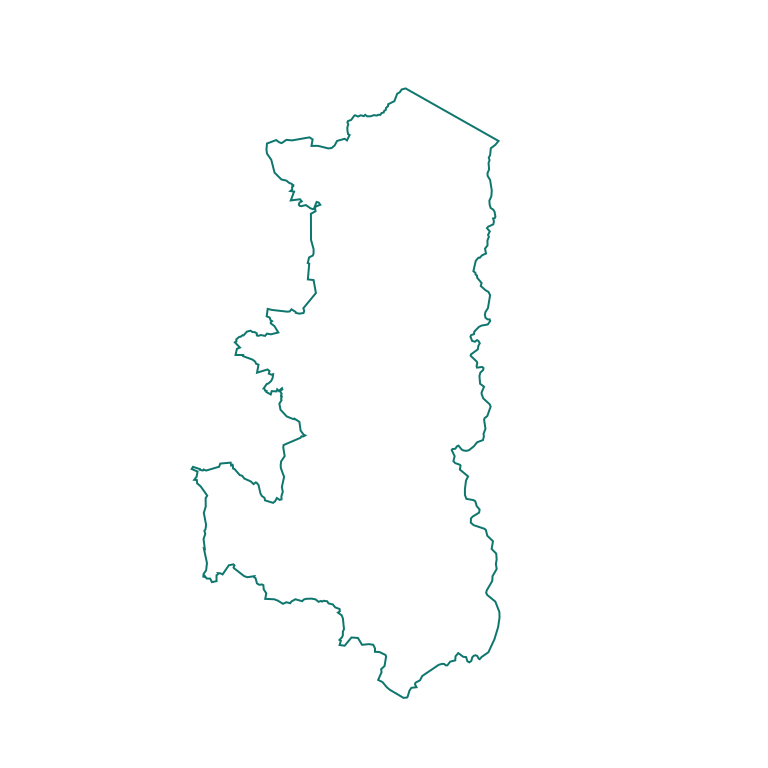 Tecozautla, Hidalgo, Mexico, rotated 114°
{"feature_id": "50627088B66071883870348", "entity_name": "Tecozautla", "entity_type": "district", "adm_level": 2, "iso_a3": "MEX", "parent_name": "Mexico", "parent_adm1": "Hidalgo", "projection": "natural_earth1", "projection_center": [-99.632, 20.54], "detail": "fine", "context": "isolated", "style": "outline", "palette": "teal", "viewbox_px": 768, "rotation_deg": 114, "n_neighbors": 0, "source": "geoboundaries", "source_scale": "gbopen_adm2", "svg_char_len": 6154}
<svg xmlns="http://www.w3.org/2000/svg" viewBox="0 0 768 768"><g transform="rotate(114 384 384)"><path d="M635.0,460.6L632.2,456.8L626.9,459.2L624.4,457.9L624.2,458.4L623.5,456.5L623.6,454.0L612.7,452.0L610.0,448.2L610.6,446.8L612.9,446.8L613.3,446.1L616.4,433.6L616.1,430.2L612.2,424.2L613.3,424.1L613.7,422.3L617.8,419.0L618.2,416.4L616.8,414.0L616.8,412.4L620.6,410.3L623.1,406.4L628.6,405.1L625.3,396.7L625.1,392.7L625.9,386.9L623.1,384.4L622.4,380.5L620.3,380.1L616.7,377.4L615.7,370.4L613.5,369.6L612.0,367.9L609.5,362.8L608.6,359.0L609.6,355.2L607.8,353.3L608.0,352.1L606.6,351.0L605.6,347.5L607.0,345.5L606.2,341.1L607.9,337.7L607.6,333.1L609.5,331.9L611.6,333.1L612.5,328.6L614.9,326.2L624.3,320.8L626.9,320.9L630.2,319.4L632.5,319.3L635.9,320.6L636.1,319.0L640.5,318.4L639.1,313.5L628.8,310.6L626.6,304.5L631.2,298.0L627.8,292.0L626.6,287.8L629.2,284.7L632.3,283.3L630.7,279.2L630.9,272.6L631.9,271.3L641.4,268.8L645.7,270.6L648.3,269.0L656.7,269.0L656.9,264.2L659.9,258.1L661.0,254.2L662.8,238.5L661.1,235.5L660.2,235.2L653.7,236.0L650.4,235.4L647.8,231.0L645.7,233.6L644.0,233.7L640.0,230.6L635.2,230.3L618.3,219.8L616.0,217.1L615.3,215.0L615.9,213.2L615.2,211.7L610.7,210.6L607.5,206.5L603.7,207.9L599.6,206.7L601.0,200.7L600.1,197.9L603.4,195.0L603.6,192.9L601.5,191.6L597.8,192.2L595.8,191.5L594.6,190.1L594.5,188.3L596.4,185.8L596.5,184.7L593.7,183.8L586.6,179.5L572.2,179.3L559.5,180.9L550.3,183.5L545.3,185.9L537.5,193.8L534.8,203.7L533.3,205.7L530.8,206.2L519.9,205.0L515.4,206.7L507.2,205.8L502.9,208.6L498.5,209.7L493.3,212.5L490.9,218.6L483.3,220.5L480.6,227.9L475.8,231.7L475.4,233.4L476.5,244.7L475.4,248.3L471.4,249.9L469.1,249.1L462.8,244.8L459.8,245.6L457.8,249.7L453.9,253.0L453.7,255.1L455.4,262.0L452.5,264.9L447.2,267.3L438.9,269.8L434.2,269.6L431.3,279.9L427.4,280.9L426.9,281.7L427.3,286.7L426.3,289.2L421.2,290.1L416.8,295.3L415.6,295.0L414.1,292.5L411.2,292.0L410.0,290.9L412.3,286.3L412.4,284.6L411.7,281.8L410.0,279.5L404.5,276.6L399.3,275.2L395.0,270.8L391.3,271.4L389.0,272.8L383.6,273.1L376.0,278.0L374.2,278.2L371.3,276.6L361.3,277.4L359.5,279.3L356.8,287.4L353.5,290.7L352.0,291.4L345.8,291.5L344.7,296.3L337.8,300.1L334.3,300.6L330.9,299.1L329.0,299.6L328.5,301.2L331.2,305.7L330.0,306.7L326.9,307.3L325.8,308.4L323.0,316.3L321.6,316.6L314.2,312.4L310.8,313.3L307.8,313.1L306.2,315.4L306.1,316.9L308.4,318.1L308.8,321.0L305.6,324.3L303.8,324.2L301.9,322.1L299.4,322.8L293.2,320.5L291.0,318.7L287.4,313.4L283.2,312.6L282.0,313.8L282.8,315.6L282.3,318.1L279.6,320.1L276.8,320.6L272.4,319.9L259.7,323.2L257.4,326.0L257.0,329.5L255.1,335.5L252.1,335.9L249.0,342.1L247.1,343.2L246.7,344.9L245.2,345.8L244.6,348.2L234.1,350.3L230.2,349.1L229.8,347.9L226.6,346.8L223.3,343.9L219.2,346.8L215.3,345.8L210.8,347.9L207.0,348.0L205.4,349.6L201.6,349.4L199.8,353.3L198.0,352.9L193.7,349.1L190.7,349.7L188.4,351.7L187.4,350.3L185.8,350.3L181.9,352.9L180.3,355.0L179.8,358.2L177.2,360.4L173.7,362.3L168.8,362.3L163.3,364.3L154.4,370.1L151.7,374.0L149.3,375.2L145.2,375.3L139.5,378.4L136.6,378.6L134.5,380.4L131.9,380.1L125.2,382.3L120.3,379.6L115.4,378.2L105.2,484.5L107.8,487.7L110.9,488.2L113.5,490.0L121.4,489.6L126.8,494.0L128.5,493.3L130.8,494.4L133.1,493.9L134.2,494.9L136.1,494.7L137.4,496.4L139.6,496.8L140.4,498.8L141.7,499.8L142.5,502.6L144.8,505.0L146.3,508.2L145.8,510.7L147.5,511.4L148.0,514.6L150.2,516.5L150.3,519.8L150.9,520.3L156.1,521.4L158.5,523.9L160.0,523.8L161.2,522.3L164.7,521.8L167.5,520.4L170.4,518.4L170.5,516.7L176.5,516.9L176.0,519.7L181.1,525.8L186.2,526.1L189.7,527.8L191.4,530.6L193.3,541.2L196.0,547.1L189.6,548.7L189.0,552.4L198.8,567.0L200.7,572.5L205.6,575.5L205.8,578.0L205.0,581.7L211.9,588.7L217.5,586.8L221.1,584.6L225.1,578.1L235.4,570.0L238.9,560.9L237.9,556.0L238.8,552.7L238.7,549.6L239.5,548.8L239.2,547.7L240.2,547.3L241.5,548.1L243.6,547.0L245.8,548.0L244.8,544.4L254.2,543.8L249.4,535.9L250.6,533.4L252.6,535.0L254.9,534.7L255.5,533.6L255.2,531.9L252.3,528.1L253.4,522.7L253.2,520.0L252.4,519.3L245.1,519.6L244.8,517.4L246.2,515.1L249.8,518.7L251.9,518.3L254.0,516.8L258.2,520.0L282.0,509.3L289.4,503.2L293.5,501.4L295.6,501.3L298.8,503.9L304.5,502.9L304.4,501.3L319.4,496.1L317.7,490.6L328.6,483.2L347.6,488.5L349.7,486.6L351.9,486.4L354.2,490.0L354.9,493.5L354.1,494.1L353.4,498.9L356.1,499.7L357.2,501.6L361.9,516.4L362.7,520.8L369.9,518.7L369.8,515.5L371.8,513.6L372.1,511.8L373.6,512.6L374.7,512.0L375.6,507.8L379.9,501.5L384.6,507.5L385.6,511.4L388.4,512.2L389.4,516.5L391.0,518.2L391.4,519.9L389.5,520.8L389.2,523.1L390.0,525.2L389.6,527.7L392.0,530.6L396.8,532.1L397.0,533.1L399.2,534.2L399.8,535.4L403.3,537.1L405.1,536.2L406.6,537.2L409.3,530.4L411.7,532.7L417.9,531.4L414.8,524.4L415.9,524.0L415.2,514.0L416.0,510.7L417.5,509.2L417.4,506.5L425.3,504.6L418.1,496.3L418.7,493.9L421.4,493.4L421.3,490.7L420.1,489.3L423.7,488.2L427.2,488.3L430.8,490.0L431.6,491.1L436.9,492.1L436.7,491.6L438.4,490.0L438.1,488.5L439.2,488.2L439.6,483.2L436.2,483.7L434.5,479.2L432.3,479.4L433.1,477.2L429.4,475.5L430.3,474.7L431.8,475.7L433.4,475.4L434.4,473.6L436.1,473.5L436.7,472.5L437.4,472.9L438.2,471.9L439.5,472.0L440.5,471.0L444.5,471.6L449.6,468.1L453.2,459.7L453.0,453.4L452.6,451.5L452.1,451.5L453.0,445.9L460.5,441.2L462.9,437.0L463.0,435.1L465.0,436.7L465.3,438.1L467.1,438.4L480.6,450.9L483.0,450.2L490.3,445.4L496.6,446.5L500.4,445.3L502.8,444.0L509.5,437.5L519.7,435.4L523.6,432.6L528.2,432.1L531.0,430.7L532.3,432.2L531.7,435.5L535.5,435.8L537.7,437.0L538.7,445.3L536.6,446.9L536.0,450.0L534.4,452.2L527.4,457.5L526.0,460.2L526.1,461.2L528.5,462.4L527.2,466.1L527.2,473.1L525.5,476.3L525.9,478.7L522.5,485.9L522.6,487.5L519.4,489.3L518.7,489.0L520.6,490.5L518.2,492.1L523.3,501.2L526.7,501.0L535.4,511.3L535.5,514.0L536.7,514.3L537.3,517.3L536.6,517.5L537.4,524.8L539.9,525.1L539.8,518.7L544.9,517.5L548.7,518.4L547.9,515.9L550.8,514.3L552.1,509.8L557.9,500.1L560.9,500.5L568.5,497.0L575.0,496.2L585.1,489.2L589.3,488.0L591.3,488.3L593.6,486.3L599.0,485.8L607.6,480.6L607.6,481.6L619.6,472.9L626.6,470.7L630.4,471.5L632.0,471.3L632.2,470.4L633.4,470.6L633.2,468.8L632.7,468.9L633.8,466.9L632.5,463.6L635.0,460.6Z" fill="none" stroke="#0f766e" stroke-width="2"/></g></svg>